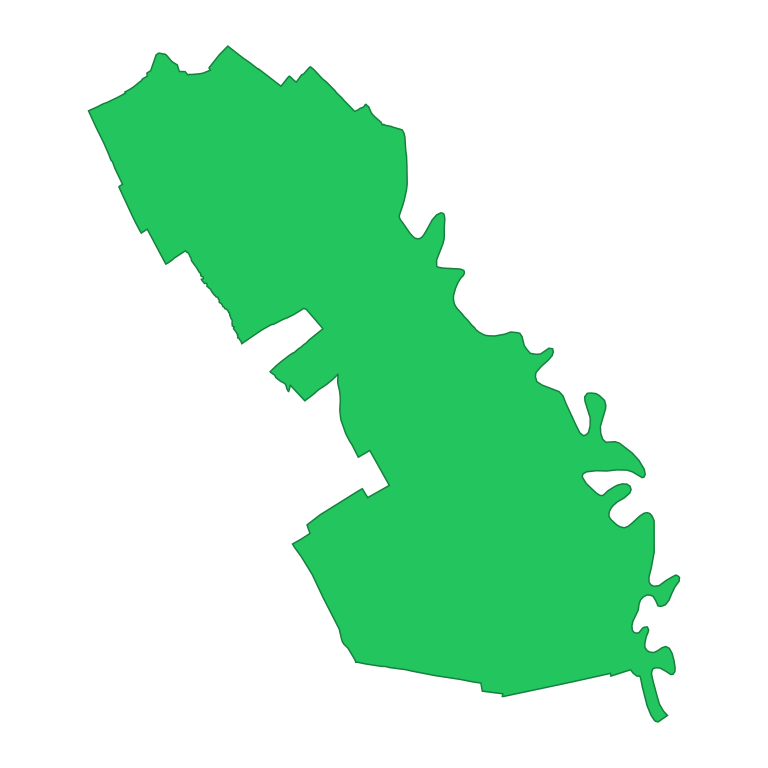 Dranceni, Vaslui, Romania (Albers equal-area conic projection)
{"feature_id": "2599482B495393789675", "entity_name": "Dranceni", "entity_type": "district", "adm_level": 2, "iso_a3": "ROU", "parent_name": "Romania", "parent_adm1": "Vaslui", "projection": "albers", "projection_center": [28.101, 46.793], "detail": "fine", "context": "isolated", "style": "filled", "palette": "green", "viewbox_px": 768, "rotation_deg": 0, "n_neighbors": 0, "source": "geoboundaries", "source_scale": "gbopen_adm2", "svg_char_len": 6073}
<svg xmlns="http://www.w3.org/2000/svg" viewBox="0 0 768 768"><path d="M667.5,715.4L663.4,711.0L659.5,704.2L657.3,696.9L653.2,681.6L651.5,674.0L651.9,671.1L653.0,668.7L655.8,667.8L659.8,668.0L664.4,670.4L670.8,674.5L673.0,674.3L674.9,671.6L675.1,667.8L674.0,660.5L672.1,653.4L669.4,648.4L665.7,646.5L661.9,647.8L657.7,650.7L654.0,652.5L650.2,652.2L647.2,650.7L644.9,647.4L644.8,643.8L646.2,636.9L648.0,632.6L648.7,630.2L647.4,627.0L644.7,627.1L642.7,628.0L638.9,632.7L636.1,633.2L633.9,632.3L632.3,630.1L631.9,625.8L632.9,621.3L638.3,610.0L639.0,604.4L640.4,600.1L643.0,597.2L646.8,595.0L650.4,595.2L653.2,596.4L655.9,601.0L658.0,605.9L660.2,606.4L662.7,605.9L665.6,604.6L669.0,600.2L672.0,593.0L674.9,587.0L679.1,581.3L679.5,577.4L677.5,575.7L675.7,575.1L672.4,576.8L666.2,580.4L659.2,585.6L653.8,586.3L650.7,584.7L649.0,581.9L649.0,576.9L651.2,568.3L654.2,552.1L654.1,520.8L652.8,517.6L651.4,515.1L649.6,513.4L647.0,512.7L644.1,513.2L639.7,516.1L632.7,522.6L628.1,526.4L624.3,527.8L620.0,526.8L617.0,525.0L614.4,522.8L610.4,518.9L608.9,516.0L609.1,513.2L609.5,511.4L610.8,508.6L613.1,505.6L617.3,501.9L624.4,497.8L629.8,493.0L631.1,489.6L630.0,486.2L626.9,484.1L622.3,483.9L617.4,485.2L613.8,487.1L608.2,490.6L603.1,495.4L600.0,495.5L596.0,492.8L586.4,483.7L582.7,477.8L582.3,476.1L583.1,473.7L586.7,471.8L596.4,470.7L606.7,471.0L617.0,469.9L626.9,470.1L632.5,471.9L642.1,477.6L644.0,477.1L645.2,474.5L644.3,469.4L639.0,460.5L632.2,453.0L619.5,443.2L615.1,441.7L605.8,442.3L602.6,439.1L600.7,433.2L600.4,426.4L605.6,408.6L605.8,405.2L604.5,400.4L599.2,395.4L596.0,393.6L591.2,393.0L587.3,393.3L584.7,396.8L585.0,401.3L590.2,417.9L590.1,426.0L588.4,432.6L585.9,435.0L583.2,435.6L579.8,432.7L575.9,425.0L565.8,403.1L563.0,395.9L559.1,391.6L542.2,385.1L536.8,381.6L535.4,376.5L536.0,372.5L541.2,366.5L548.3,360.1L552.2,355.6L553.3,351.9L552.6,348.8L549.0,348.2L540.5,354.0L536.0,354.3L530.3,353.3L527.0,349.6L524.2,345.5L522.0,336.5L519.8,333.3L516.8,332.6L510.7,332.0L505.2,334.1L494.7,336.0L488.4,335.8L485.0,335.2L483.5,334.6L479.5,332.5L475.9,329.7L474.2,327.3L471.9,325.3L467.3,319.7L465.2,317.7L461.4,313.1L457.1,308.5L455.4,306.0L454.2,303.3L453.4,298.8L453.5,295.8L455.4,288.7L457.7,283.1L460.8,278.0L463.0,275.9L464.0,274.3L464.4,272.7L464.1,271.0L463.6,270.4L461.4,269.4L459.7,269.0L443.2,268.1L438.5,267.3L436.7,266.4L436.6,260.0L442.7,244.4L444.0,239.6L444.3,236.2L444.3,227.6L444.8,219.2L444.4,215.8L443.9,214.2L442.6,213.2L441.0,212.8L436.6,214.9L432.2,219.9L427.0,229.4L423.9,234.7L422.0,237.1L419.4,238.7L418.0,238.8L415.2,238.3L413.2,236.8L410.1,233.4L402.1,221.9L401.0,220.7L399.6,218.1L399.3,216.5L399.5,214.9L403.0,204.6L404.3,200.0L406.4,190.5L407.2,184.2L406.9,165.6L406.5,155.7L406.0,152.6L405.6,148.6L404.9,137.1L404.1,133.4L402.2,129.9L392.5,127.0L391.5,126.5L385.0,125.2L383.9,124.4L382.5,125.0L381.0,122.2L374.9,116.9L372.3,114.2L371.0,112.1L368.6,106.6L367.5,106.0L366.0,104.3L365.1,104.8L364.7,105.4L364.7,105.9L362.7,107.5L360.1,108.3L358.3,109.7L354.8,111.5L343.6,100.0L341.5,97.5L336.8,93.1L334.9,90.6L326.1,81.7L322.4,78.8L314.4,70.1L310.7,67.0L310.1,66.9L309.4,67.4L303.6,74.0L301.5,74.9L296.3,82.1L293.8,80.2L289.7,76.2L288.8,76.5L287.1,78.5L281.0,86.2L260.1,70.1L258.5,68.9L258.2,69.2L250.0,62.8L242.5,57.6L227.8,46.1L219.3,54.8L209.3,67.4L209.0,68.0L210.3,70.2L202.8,73.2L199.5,73.8L191.6,74.5L189.3,74.4L187.8,74.8L185.1,71.6L179.4,71.5L178.2,68.1L177.4,65.0L172.5,62.0L170.7,60.2L166.5,55.2L164.8,54.0L163.6,54.1L159.4,53.1L158.1,53.4L156.1,55.0L150.7,70.6L146.9,73.1L147.2,76.3L142.9,78.6L141.4,80.4L141.4,80.9L140.2,81.5L133.3,87.1L129.0,89.8L124.9,92.0L125.5,93.1L117.6,97.4L107.2,102.4L103.0,103.9L97.0,107.0L88.5,110.8L95.7,126.6L103.5,142.4L108.7,154.2L110.9,160.1L112.5,161.8L114.9,168.4L122.5,184.3L119.0,186.5L119.0,187.2L132.6,216.6L135.6,222.7L139.6,230.3L141.3,233.1L147.2,229.1L165.8,264.1L168.1,262.9L172.7,259.6L174.1,258.2L185.5,250.8L186.8,252.3L187.8,252.5L189.2,254.5L190.0,256.6L191.0,258.1L191.5,260.7L194.8,265.4L195.8,266.4L199.2,272.2L200.6,273.5L200.7,275.4L200.9,275.8L201.7,276.5L202.2,276.4L202.9,276.7L203.3,277.2L203.3,278.7L201.4,279.3L202.1,280.6L204.5,283.5L206.1,283.3L206.8,283.6L207.0,284.0L207.0,286.5L208.4,287.3L209.2,288.3L210.6,289.2L211.2,290.7L212.5,292.8L214.4,295.1L215.1,295.4L215.7,296.6L217.9,297.5L218.3,298.9L219.4,300.1L219.1,301.8L219.4,302.5L221.1,303.4L222.1,304.7L222.8,306.5L224.1,307.2L224.9,308.7L226.8,309.3L229.1,312.6L228.9,312.7L229.1,313.0L229.7,313.7L229.8,315.5L230.5,316.8L230.8,318.2L232.0,319.9L232.2,321.4L232.0,323.5L232.4,324.1L232.2,324.6L232.2,325.8L234.2,327.1L233.6,327.7L233.6,328.9L236.0,331.8L236.7,333.4L237.8,334.2L237.3,335.0L237.9,335.9L237.7,337.9L238.8,338.0L239.3,339.2L240.8,341.0L241.8,343.7L256.9,333.3L262.3,329.7L270.5,325.1L271.7,324.5L273.4,324.4L283.3,319.3L287.5,317.7L294.1,314.4L303.8,308.4L306.4,309.5L322.7,328.4L322.8,328.9L309.0,340.0L306.0,343.2L304.1,344.4L300.6,347.5L298.8,348.5L294.0,352.7L293.2,352.8L289.9,354.9L281.3,361.5L276.2,365.8L270.1,371.7L270.5,372.3L274.5,375.0L276.1,377.9L280.6,381.3L284.8,383.5L286.0,385.4L286.9,388.8L288.3,391.4L288.7,391.5L290.4,385.3L304.8,400.8L313.6,394.2L318.1,390.1L326.5,384.5L331.7,380.3L337.8,374.5L338.0,375.2L337.7,381.0L337.8,383.3L339.6,391.2L340.2,396.8L340.3,401.0L339.8,410.1L340.3,415.1L340.9,419.9L345.8,433.8L349.5,440.9L352.2,445.1L358.3,457.2L369.8,450.5L389.3,485.4L367.7,497.6L362.3,488.7L358.4,490.9L320.4,514.6L307.0,524.9L310.0,533.4L301.5,538.9L292.5,544.0L294.7,547.6L301.3,556.7L312.2,574.5L323.2,597.8L339.2,629.0L341.6,639.3L342.6,642.2L344.1,644.4L348.0,648.2L353.0,656.5L355.4,660.8L355.6,662.2L357.7,662.3L365.4,663.9L381.5,666.4L385.7,666.5L389.7,667.6L405.9,669.7L411.9,671.1L435.7,675.7L460.2,679.4L472.8,681.9L480.9,683.1L482.3,691.2L502.8,693.8L502.3,696.5L502.9,696.6L573.1,681.7L610.4,673.4L610.9,676.1L630.2,669.9L630.8,670.0L631.2,670.6L633.0,673.0L636.5,675.8L637.3,676.2L639.7,676.0L639.9,676.3L640.7,678.5L642.3,686.8L647.1,705.7L651.0,715.2L654.2,720.1L655.5,721.3L658.2,721.9L667.5,715.4Z" fill="#22c55e" stroke="#15803d" stroke-width="1.5"/></svg>